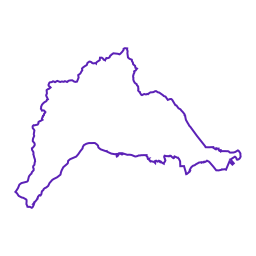 Dumbravita, Brasov, Romania (Albers equal-area conic projection)
{"feature_id": "2599482B55040736650131", "entity_name": "Dumbravita", "entity_type": "district", "adm_level": 2, "iso_a3": "ROU", "parent_name": "Romania", "parent_adm1": "Brasov", "projection": "albers", "projection_center": [25.392, 45.783], "detail": "fine", "context": "isolated", "style": "outline", "palette": "violet", "viewbox_px": 256, "rotation_deg": 0, "n_neighbors": 0, "source": "geoboundaries", "source_scale": "gbopen_adm2", "svg_char_len": 5722}
<svg xmlns="http://www.w3.org/2000/svg" viewBox="0 0 256 256"><path d="M31.8,207.8L32.7,207.0L33.6,205.2L34.2,203.4L33.6,203.8L33.3,203.8L34.1,202.7L34.4,202.0L35.2,201.6L37.0,199.4L37.2,198.6L37.6,198.6L38.0,196.7L39.4,195.1L40.5,195.5L41.3,194.3L41.9,191.3L43.3,190.1L43.5,189.4L43.9,188.9L44.7,188.2L46.2,187.5L48.2,185.9L49.5,183.1L52.2,180.0L53.5,179.1L57.1,177.3L60.4,174.7L60.7,173.8L60.8,172.8L61.6,170.5L63.3,167.2L67.4,163.7L67.8,163.2L68.2,160.8L70.1,159.2L76.2,156.6L78.2,154.3L80.3,151.2L82.5,148.5L82.8,147.0L83.8,145.2L86.3,143.8L88.0,143.3L88.8,143.1L94.4,143.0L95.0,143.1L96.7,144.3L97.8,145.4L98.1,145.8L98.2,146.9L98.6,147.7L100.6,149.3L105.3,151.0L106.0,151.2L106.8,151.0L107.1,151.7L111.3,153.6L114.9,154.2L116.5,154.0L116.8,154.3L116.6,155.8L116.8,156.5L117.5,156.2L117.7,155.8L118.4,154.9L118.1,154.5L117.9,154.0L118.8,154.0L119.4,153.7L120.2,153.6L122.0,154.5L122.6,154.2L121.0,153.2L122.3,153.2L127.3,154.8L129.7,154.7L131.6,155.0L134.9,156.4L135.6,156.5L137.3,156.1L138.9,155.4L140.0,155.5L141.0,155.2L146.6,155.1L146.6,156.2L147.4,156.8L147.8,158.7L147.9,158.9L148.9,158.7L148.5,159.2L149.6,160.2L149.6,160.5L150.3,161.3L150.6,160.9L151.3,161.3L153.7,161.8L154.6,162.4L155.2,163.0L155.3,161.9L155.0,161.1L155.2,160.9L156.3,160.7L157.6,161.6L158.6,161.0L158.9,161.1L160.1,162.1L160.4,161.5L160.3,161.3L160.8,161.5L162.1,162.8L163.8,163.7L163.9,162.8L164.9,161.6L165.4,160.4L165.4,160.2L164.9,159.5L164.9,158.7L164.3,157.6L164.3,157.3L164.2,156.5L164.6,155.7L166.3,156.1L167.5,156.1L168.2,156.3L168.5,156.1L169.1,156.3L169.9,155.7L170.7,155.8L170.9,155.9L171.0,156.3L171.4,156.5L172.9,157.8L173.6,158.2L173.8,158.1L173.8,157.6L174.0,157.5L174.1,156.9L174.5,156.4L178.0,158.0L178.1,157.9L179.0,159.0L180.1,161.3L180.3,166.2L184.0,166.1L185.9,172.6L185.9,173.3L186.2,174.2L186.8,174.0L189.7,171.6L189.4,171.2L190.2,170.3L189.8,169.8L190.7,168.1L191.5,167.0L192.9,165.8L194.7,165.2L196.6,163.8L197.3,163.6L198.8,162.6L201.4,162.2L201.6,162.7L203.8,161.8L203.9,162.3L205.2,161.9L206.7,161.0L207.0,160.7L209.0,161.7L209.5,162.2L213.4,166.7L216.2,170.3L218.7,170.4L222.1,169.6L222.1,169.4L223.7,169.4L224.8,169.2L226.0,169.7L229.4,161.5L232.4,164.6L233.8,163.3L230.4,159.4L231.2,159.1L232.3,158.3L234.9,156.7L235.8,157.4L236.5,158.4L236.6,159.0L236.9,159.6L237.4,159.7L238.6,159.3L239.7,158.4L240.6,156.7L240.4,154.8L240.4,153.4L238.9,151.1L237.9,150.4L235.2,152.0L233.5,152.5L230.5,152.6L229.8,152.5L228.6,151.4L228.0,151.2L221.6,151.1L221.0,151.4L220.9,149.4L220.7,149.9L220.4,150.1L220.0,150.8L219.5,150.9L218.7,149.9L218.6,148.6L217.5,148.7L216.8,148.3L216.2,148.2L216.1,148.4L216.4,149.1L216.0,149.4L215.1,149.0L214.6,148.5L213.4,147.9L213.3,147.1L208.2,147.3L205.6,147.2L205.1,146.2L196.8,135.7L190.4,126.9L189.3,125.8L188.4,124.1L187.7,123.0L185.9,119.8L185.3,116.9L185.2,115.9L184.6,115.4L184.5,115.1L184.7,114.6L184.3,113.9L182.6,111.8L181.4,110.6L180.5,109.4L179.9,109.0L178.5,108.3L176.4,105.4L175.4,105.2L172.3,100.0L171.5,99.2L171.1,99.0L169.8,99.1L167.8,99.9L165.5,96.6L163.7,96.0L163.1,95.3L159.7,92.9L159.1,92.5L158.1,92.4L156.0,91.1L154.9,91.3L153.5,92.1L152.0,92.3L150.6,92.3L149.5,92.9L148.0,94.2L147.2,93.9L146.2,94.4L145.7,94.4L144.2,94.0L142.0,95.1L141.4,94.9L140.2,93.2L139.8,91.9L139.0,91.6L138.6,91.2L138.1,90.1L138.4,89.5L138.4,88.6L138.2,88.3L138.2,86.9L138.0,86.3L137.0,85.3L136.6,84.1L135.6,83.5L134.6,82.6L134.2,81.7L133.7,80.9L133.3,79.4L133.4,77.6L133.1,77.0L133.2,75.5L133.5,74.9L133.5,74.3L134.4,72.6L134.1,71.4L134.3,71.1L135.5,70.6L137.0,68.6L135.4,67.8L135.1,65.9L133.2,64.3L133.2,64.0L133.0,63.5L132.9,62.6L132.0,61.2L131.8,59.7L129.5,58.8L128.0,57.5L127.4,53.2L127.6,51.1L127.1,49.8L127.2,48.4L124.8,48.2L123.6,48.8L123.5,50.0L122.3,51.7L120.6,53.5L119.6,54.3L119.3,54.3L118.0,53.8L113.3,53.3L112.4,54.1L111.5,54.5L111.0,55.3L110.3,55.6L109.7,56.8L109.6,57.3L108.6,57.9L107.5,58.2L106.4,58.0L106.2,58.6L105.2,59.6L105.1,60.3L103.7,59.7L102.9,58.5L101.8,57.7L100.0,57.7L99.7,60.2L97.3,61.7L96.3,62.6L96.1,63.5L95.8,63.2L94.2,63.2L93.5,63.4L92.6,63.2L92.0,62.9L91.5,62.2L90.0,61.6L89.3,61.6L87.5,62.9L86.7,65.1L85.1,66.0L83.1,67.4L82.0,68.5L82.3,70.3L81.4,71.5L80.6,73.1L80.0,73.8L78.2,75.1L78.6,77.6L77.0,81.6L75.6,81.9L74.2,81.6L72.3,80.3L71.2,80.3L69.1,80.6L68.0,81.1L67.6,81.7L67.1,82.0L65.7,81.4L64.8,81.2L64.3,81.6L63.2,81.8L62.8,81.6L61.7,81.5L60.2,82.0L57.3,80.9L56.1,81.5L55.3,82.1L54.8,82.1L53.8,81.5L53.0,81.3L52.4,81.8L51.2,82.2L49.9,82.3L49.4,82.7L48.5,84.8L48.6,85.6L49.4,86.6L50.0,86.8L50.6,87.5L48.8,88.9L48.0,89.1L46.7,90.0L46.6,90.5L46.8,92.0L46.9,93.5L46.2,95.1L46.2,95.7L47.9,99.3L46.9,99.8L46.8,100.3L46.4,101.0L45.8,101.5L44.6,102.1L43.2,103.3L42.0,104.7L41.1,106.8L41.1,108.2L40.9,108.8L41.5,109.5L41.9,110.6L43.7,110.4L44.2,110.7L45.1,111.7L45.1,111.9L45.4,112.1L45.3,112.5L44.1,113.7L44.0,115.0L43.7,115.3L43.0,115.7L43.0,116.1L42.8,116.4L43.0,116.6L42.9,116.9L42.6,117.1L41.9,118.6L41.9,119.1L42.5,119.8L40.2,121.1L39.9,121.1L38.9,121.7L38.4,122.2L38.4,123.5L37.6,124.6L34.1,125.4L33.8,125.2L33.0,125.7L32.7,126.2L32.6,126.9L32.8,128.2L33.9,129.5L34.4,130.4L33.8,134.0L33.8,134.6L34.2,135.9L33.1,138.4L32.8,140.0L32.8,141.2L34.4,143.1L34.7,144.1L34.7,145.0L34.3,145.8L33.0,147.5L31.9,148.3L32.0,149.6L32.2,150.1L33.4,152.1L33.5,153.8L33.3,154.3L33.6,154.9L34.1,157.1L34.9,159.4L35.1,161.6L34.7,162.2L34.4,164.8L33.4,165.9L33.2,166.4L33.1,167.2L33.3,168.0L33.7,168.7L33.6,170.3L31.8,172.3L31.5,173.6L30.5,174.4L29.2,176.0L28.8,176.9L27.9,180.7L27.5,181.3L26.9,181.7L21.4,183.1L19.4,184.6L18.0,188.1L16.0,191.2L15.4,191.9L17.1,193.4L17.8,194.6L18.7,195.9L21.8,197.5L23.3,197.8L26.1,199.4L26.4,199.8L26.5,199.9L26.6,201.1L26.4,204.1L27.3,206.0L27.4,206.7L28.2,206.9L29.8,206.8L31.8,207.8Z" fill="none" stroke="#5b21b6" stroke-width="2"/></svg>